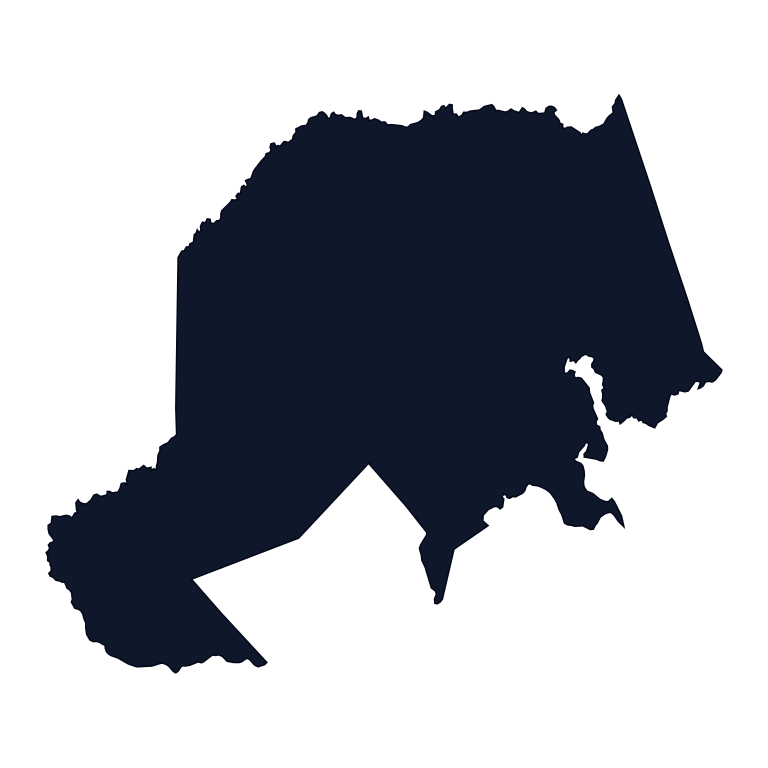 outline of Bomet Central, Rift Valley, Kenya
{"feature_id": "3690345B53477019337333", "entity_name": "Bomet Central", "entity_type": "district", "adm_level": 2, "iso_a3": "KEN", "parent_name": "Kenya", "parent_adm1": "Rift Valley", "projection": "natural_earth1", "projection_center": [35.326, -0.731], "detail": "fine", "context": "isolated", "style": "filled", "palette": "ink", "viewbox_px": 768, "rotation_deg": 0, "n_neighbors": 0, "source": "geoboundaries", "source_scale": "gbopen_adm2", "svg_char_len": 6072}
<svg xmlns="http://www.w3.org/2000/svg" viewBox="0 0 768 768"><path d="M721.9,370.0L703.4,351.8L701.4,343.4L687.8,300.3L667.9,240.8L650.3,185.8L621.5,99.4L619.0,95.1L615.7,100.1L615.2,103.5L612.5,106.7L613.2,112.8L608.9,116.2L606.9,118.6L603.7,124.2L598.6,126.8L595.8,127.3L593.3,129.5L591.1,130.1L587.5,133.9L585.4,134.1L582.8,133.1L581.0,135.7L580.0,132.7L571.2,127.0L567.2,127.3L564.6,128.8L562.6,127.2L562.7,124.2L560.2,123.6L558.8,119.8L554.5,115.1L553.7,112.3L556.4,110.1L554.3,107.5L551.8,106.3L549.0,106.4L546.2,108.2L544.7,113.1L538.1,113.6L535.8,111.2L532.1,112.9L528.8,112.4L526.4,111.4L524.4,109.0L522.4,107.8L519.2,112.5L513.8,110.9L511.0,109.0L508.2,111.3L505.2,112.1L498.7,110.5L495.7,110.5L494.1,107.1L491.9,104.7L484.5,106.4L479.4,110.1L470.3,111.1L467.0,112.4L463.6,112.3L462.0,115.3L458.1,117.3L456.5,114.2L453.1,114.1L452.1,108.2L452.2,105.0L449.4,104.4L445.6,108.4L443.8,105.7L441.5,106.5L439.5,109.9L435.7,111.8L435.4,115.3L432.3,116.1L426.9,112.2L424.3,111.2L423.6,118.0L421.3,120.4L417.9,122.7L410.5,124.6L408.0,127.1L405.2,127.2L402.0,125.8L391.3,124.6L387.5,125.0L385.0,122.0L381.0,122.1L378.1,120.0L374.4,118.8L371.6,120.3L368.9,120.2L368.3,117.1L365.7,118.6L362.6,118.0L361.3,111.1L358.7,110.9L357.3,113.5L357.2,117.2L355.4,119.6L350.0,117.5L345.4,117.8L341.4,114.8L338.5,115.4L335.6,114.8L333.6,112.3L331.5,113.7L330.2,117.8L327.9,118.6L326.5,115.3L324.2,113.1L322.3,111.8L319.3,112.6L317.1,116.0L310.8,117.8L308.8,119.5L308.0,122.7L306.1,125.5L301.6,126.0L295.8,129.0L296.1,132.2L293.3,135.7L292.6,139.3L288.1,142.7L286.0,141.7L283.8,141.7L280.2,146.2L278.0,145.5L275.9,146.4L274.2,143.0L270.9,143.9L270.1,147.3L271.2,150.5L269.2,152.8L266.2,153.7L265.3,156.7L261.6,160.5L255.5,168.3L253.5,171.2L250.9,178.7L248.2,179.3L245.5,180.7L247.4,184.4L246.3,187.7L243.8,185.4L241.5,186.9L240.5,193.4L238.1,193.4L236.0,196.2L237.8,199.2L234.7,200.1L231.9,199.7L230.4,202.2L221.8,210.7L220.9,213.5L220.9,217.5L219.8,220.4L216.6,220.8L213.9,223.5L210.9,223.2L210.0,219.2L207.1,218.9L205.6,222.7L202.4,222.2L200.5,226.3L200.9,230.5L199.1,232.5L197.2,229.8L196.4,232.6L194.3,234.8L193.4,242.3L190.0,243.7L189.0,247.0L186.4,246.9L184.3,250.7L181.6,251.3L178.1,257.6L175.8,408.1L176.6,434.4L174.6,436.8L171.5,438.3L168.1,442.7L163.3,444.9L159.9,447.2L160.0,450.7L158.0,455.3L157.5,462.6L156.6,465.8L156.3,469.8L153.7,468.7L150.7,470.8L151.1,467.4L146.7,468.2L143.7,465.5L138.9,469.3L136.8,468.6L134.0,470.7L129.0,470.5L126.4,479.5L127.4,484.8L124.9,482.9L121.3,483.5L120.0,488.2L118.0,492.1L111.9,492.9L109.7,491.4L107.2,491.5L107.0,494.9L100.9,496.5L96.7,494.2L93.8,495.2L90.9,500.1L86.6,503.8L83.2,503.8L79.8,502.2L78.1,499.7L75.9,502.8L76.6,510.3L77.7,512.6L74.8,513.1L72.0,518.0L69.3,516.0L66.2,515.3L59.7,516.8L56.3,516.0L52.1,516.4L51.3,523.3L48.2,525.2L48.2,529.2L49.2,533.7L53.3,539.1L53.8,541.8L50.3,542.8L48.4,545.0L49.7,548.2L48.2,550.8L46.1,552.5L47.8,556.3L47.7,560.7L49.9,562.0L50.1,564.6L51.2,567.5L51.2,571.0L48.8,573.3L50.2,576.1L53.1,577.3L56.0,580.3L59.4,580.9L62.3,582.3L64.5,581.9L67.1,588.3L69.5,589.8L71.5,592.4L72.4,599.3L71.4,602.1L74.9,608.4L78.0,609.1L80.5,610.5L82.6,613.5L84.3,619.6L85.9,623.2L85.7,627.5L86.7,634.4L89.9,640.0L93.2,641.6L96.4,641.4L99.7,642.3L102.4,644.2L105.0,645.1L105.3,648.4L106.5,651.8L108.6,654.1L111.4,655.7L117.6,657.8L128.4,664.0L136.0,666.6L138.6,666.8L152.1,666.0L160.6,663.3L163.0,663.3L166.1,664.4L168.9,666.3L173.1,671.2L175.6,672.9L178.1,671.3L180.9,666.9L183.0,665.7L185.6,666.0L189.9,665.2L198.1,661.9L201.4,662.8L203.7,661.7L212.4,655.0L215.4,655.4L218.7,654.9L222.3,656.3L227.1,661.3L233.9,662.5L239.1,662.5L242.2,661.5L244.8,659.4L247.4,658.3L249.6,659.5L254.4,664.9L258.0,666.8L264.6,664.7L266.8,662.4L220.6,612.5L191.5,579.2L298.7,538.1L368.6,463.3L405.5,505.5L426.9,532.6L426.5,535.2L420.9,544.4L419.4,548.4L421.4,555.5L421.8,560.0L425.2,567.4L431.4,588.0L435.4,591.0L436.4,594.2L434.5,599.0L434.8,603.2L437.4,603.8L440.2,602.0L442.4,599.1L454.0,549.2L488.2,525.6L482.8,520.9L483.2,515.2L488.3,509.6L494.3,506.5L497.4,506.6L500.1,508.9L502.6,507.0L503.8,499.0L502.0,497.1L503.4,494.4L506.3,495.0L507.1,497.6L509.7,498.3L512.5,496.6L515.7,496.8L522.6,493.2L524.8,490.6L526.0,486.9L528.0,484.0L530.4,483.7L532.4,485.1L538.1,485.9L541.2,487.1L546.0,489.4L550.6,493.1L554.7,498.8L556.9,502.8L559.2,509.8L561.9,514.8L564.5,523.2L567.8,524.9L571.4,525.2L574.7,526.3L582.9,525.8L590.2,529.5L593.4,529.2L595.1,525.4L597.1,523.2L600.2,517.2L604.4,514.1L607.8,512.7L610.8,512.3L613.8,514.8L618.6,521.6L623.9,526.8L621.5,515.9L614.4,501.7L611.8,498.5L608.7,501.4L606.3,501.8L603.2,500.8L599.8,499.3L592.7,493.5L587.0,491.2L584.8,488.2L583.8,485.7L583.5,481.8L584.4,475.0L584.1,470.9L582.7,465.6L580.8,463.5L575.9,461.3L573.5,458.9L577.1,457.2L578.8,451.7L584.1,445.8L585.3,443.1L587.5,442.3L588.7,444.7L586.6,451.3L584.1,454.1L584.3,457.0L596.7,459.2L599.5,460.5L603.1,461.1L605.1,457.5L606.5,453.2L607.5,449.3L607.3,445.9L603.8,439.6L602.1,433.2L600.0,429.9L599.6,426.7L596.6,425.3L595.9,421.7L597.5,418.9L592.8,408.2L592.6,405.1L593.5,402.8L589.5,392.6L589.1,388.0L581.3,378.2L578.0,377.5L575.1,378.1L574.0,374.8L575.0,371.9L572.2,370.5L569.9,370.2L567.9,372.8L564.2,373.6L564.1,367.0L567.3,357.6L570.0,357.4L570.2,361.2L573.7,360.3L575.8,362.7L577.3,360.4L579.4,358.8L581.2,356.4L585.6,354.1L589.0,356.1L592.4,356.7L594.4,358.5L593.6,361.4L591.9,363.9L591.8,367.0L594.1,368.9L595.4,372.2L601.3,374.9L603.4,377.1L603.4,381.0L602.6,384.5L604.3,388.1L601.8,390.3L602.8,393.6L602.8,397.1L602.1,400.7L605.5,405.7L607.6,411.5L606.2,414.3L607.9,417.2L609.9,419.2L615.9,421.3L619.1,420.8L620.2,423.8L624.7,420.1L626.5,417.9L629.3,417.4L632.0,414.9L633.8,417.7L637.0,417.7L638.7,420.8L641.9,419.9L643.2,422.5L645.8,423.2L648.6,425.2L654.7,427.8L657.4,422.9L663.4,419.0L666.3,416.4L665.6,413.7L667.1,410.6L667.0,407.3L669.6,397.0L671.0,393.8L674.6,395.0L678.0,393.7L678.8,390.3L684.8,391.8L688.3,391.0L695.2,381.5L698.3,381.1L700.4,382.7L698.2,388.6L700.8,387.7L703.4,385.7L705.2,382.2L708.4,381.3L712.2,382.0L715.4,380.0L721.1,372.5L721.9,370.0Z" fill="#0f172a" stroke="#020617" stroke-width="1.5"/></svg>